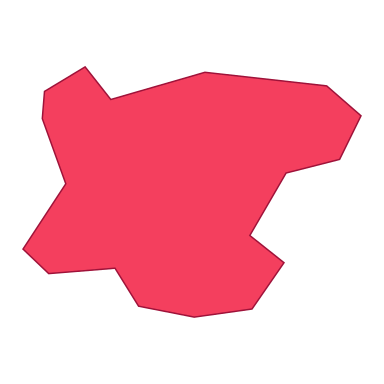 the border of Sandwell
{"feature_id": "GBR-5691", "entity_name": "Sandwell", "entity_type": "Metropolitan Borough", "adm_level": 1, "iso_a3": "GBR", "parent_name": "United Kingdom", "parent_adm1": "", "projection": "robinson", "projection_center": [-2.009, 52.514], "detail": "fine", "context": "isolated", "style": "filled", "palette": "rose", "viewbox_px": 384, "rotation_deg": 0, "n_neighbors": 0, "source": "natural_earth", "source_scale": "10m", "svg_char_len": 348}
<svg xmlns="http://www.w3.org/2000/svg" viewBox="0 0 384 384"><path d="M48.7,273.6L23.0,249.1L65.8,183.8L42.3,118.6L44.5,91.4L85.1,66.9L110.8,99.5L204.9,72.3L326.7,85.9L361.0,115.8L339.6,159.4L286.1,173.0L249.8,235.5L284.0,262.7L252.0,309.0L194.2,317.1L138.6,306.2L115.0,268.2L48.7,273.6Z" fill="#f43f5e" stroke="#9f1239" stroke-width="1.5"/></svg>